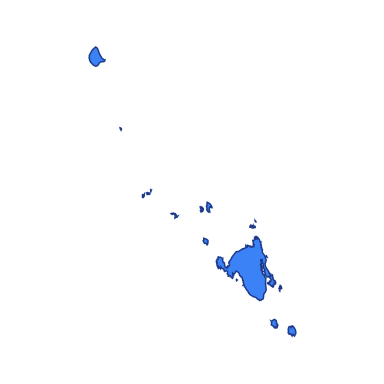 Vestmannaeyjabær, Suðurland, Iceland, rotated 81°
{"feature_id": "244011B92581391550134", "entity_name": "Vestmannaeyjabær", "entity_type": "district", "adm_level": 2, "iso_a3": "ISL", "parent_name": "Iceland", "parent_adm1": "Suðurland", "projection": "robinson", "projection_center": [-20.315, 63.394], "detail": "fine", "context": "isolated", "style": "filled", "palette": "blue", "viewbox_px": 384, "rotation_deg": 81, "n_neighbors": 0, "source": "geoboundaries", "source_scale": "gbopen_adm2", "svg_char_len": 6168}
<svg xmlns="http://www.w3.org/2000/svg" viewBox="0 0 384 384"><g transform="rotate(81 192 192)"><path d="M298.4,126.4L294.7,125.0L295.9,124.4L295.9,123.9L294.2,123.5L292.6,124.0L292.1,124.4L292.1,125.1L290.9,125.7L290.1,125.3L288.5,125.6L286.6,125.5L286.2,125.9L287.3,126.1L286.8,127.2L287.2,127.6L286.3,128.0L284.9,127.6L284.5,127.9L284.8,128.2L284.3,128.5L282.3,128.8L278.5,130.6L276.0,131.2L274.1,131.0L272.3,129.9L270.6,129.4L265.9,130.3L263.1,131.9L261.5,131.9L260.0,131.4L258.5,132.3L257.8,132.3L257.8,131.9L255.6,132.4L255.0,132.1L256.0,131.6L253.9,132.3L252.4,131.8L252.5,132.2L252.0,132.5L249.6,132.9L247.2,134.1L247.0,134.8L246.3,135.0L245.8,135.7L246.0,136.3L246.3,136.4L247.0,136.1L248.0,134.7L248.5,134.9L248.7,135.2L248.2,136.1L248.5,136.5L247.2,137.4L248.7,137.7L249.3,138.2L249.6,138.7L249.3,139.4L249.6,139.6L251.4,139.3L252.9,139.7L253.9,138.3L253.6,139.4L255.0,139.5L254.5,139.8L255.0,139.7L254.7,139.9L255.2,140.4L254.7,140.6L255.3,140.5L255.2,141.0L255.9,141.3L255.8,141.9L256.0,141.9L254.9,142.4L255.3,142.7L255.3,143.1L254.2,143.9L254.3,144.2L253.4,145.1L253.8,145.4L253.6,145.8L254.7,145.9L254.0,146.5L254.6,146.9L253.9,147.2L254.7,147.3L255.9,148.5L255.8,149.5L256.3,150.5L256.0,150.9L257.9,154.9L257.9,157.8L262.8,163.0L263.7,163.3L266.0,165.5L266.8,165.8L266.6,166.2L268.2,166.8L269.4,166.3L270.5,166.7L270.8,167.2L270.7,167.7L271.0,167.7L270.8,168.3L271.5,168.5L271.2,168.6L271.7,168.9L271.5,169.2L272.3,169.6L272.2,170.3L271.0,171.2L267.9,171.1L267.3,171.5L267.0,171.2L265.7,172.5L262.6,172.1L262.9,172.5L262.2,172.7L260.9,173.9L260.8,175.2L260.2,176.0L260.3,176.5L262.4,176.7L262.2,177.6L263.3,178.1L263.4,178.5L264.5,178.8L265.2,178.2L265.5,178.8L266.7,178.7L266.6,178.4L268.2,178.8L270.2,178.3L268.8,177.8L270.2,176.8L271.3,177.2L270.9,176.4L271.8,176.0L270.9,175.4L272.2,175.4L271.6,174.7L271.9,174.2L273.4,172.7L275.3,172.4L275.0,172.0L275.3,171.7L275.1,171.6L275.3,169.7L276.8,169.3L278.3,170.0L279.7,169.2L280.8,169.4L281.0,169.0L280.0,169.0L280.5,168.6L280.3,168.5L280.9,167.1L282.5,166.6L283.6,165.5L282.3,164.6L280.5,164.9L278.6,164.5L280.2,163.6L279.3,163.2L278.9,162.3L277.0,160.9L278.1,159.3L279.9,158.1L281.7,158.0L283.7,156.7L284.0,156.0L287.2,155.7L287.5,155.2L288.8,155.6L291.0,155.1L292.0,156.0L291.9,155.2L293.9,154.9L294.7,154.2L296.8,153.6L298.8,152.3L300.6,151.9L300.6,151.6L302.3,150.9L304.9,147.9L306.1,145.4L308.5,143.6L308.4,143.1L309.3,142.3L309.7,142.3L309.4,141.0L309.6,140.8L309.2,140.6L308.9,138.7L307.3,137.9L303.9,137.0L302.3,135.2L300.1,134.0L293.7,133.7L288.8,132.6L287.5,133.4L284.4,134.1L284.3,134.8L283.8,134.8L284.2,134.9L283.9,135.2L278.0,134.8L279.8,135.2L280.5,135.8L279.9,135.5L279.7,135.6L280.0,135.9L279.6,136.0L277.3,135.6L277.4,135.3L276.9,135.3L277.1,134.5L276.2,134.5L275.9,135.1L275.3,135.0L275.0,135.8L274.0,135.5L274.2,134.9L273.8,134.4L270.8,134.5L270.8,134.9L269.5,134.7L269.6,133.3L270.8,133.3L270.8,133.8L272.6,133.8L273.2,133.1L274.5,133.0L278.1,133.4L279.4,132.8L279.7,132.2L281.5,132.7L281.5,133.8L281.8,133.9L281.7,132.7L285.9,132.3L287.7,131.1L287.5,130.2L288.0,129.5L287.6,128.7L289.6,128.3L290.9,127.4L292.9,128.4L292.8,129.0L291.6,129.6L293.1,129.4L293.8,129.8L293.4,131.3L294.2,131.7L294.8,130.7L295.6,130.3L295.4,129.4L297.6,128.2L297.7,127.6L297.3,127.3L298.5,127.1L298.4,126.4ZM49.2,261.9L49.4,258.4L48.9,257.7L47.9,257.3L48.0,257.9L45.6,260.1L41.0,261.8L35.8,262.8L34.5,263.5L33.7,264.6L36.1,268.2L40.9,272.0L42.6,272.2L43.0,272.6L46.2,272.4L48.2,271.7L50.3,270.2L51.8,268.9L52.7,267.4L52.6,266.3L52.0,265.0L50.0,263.3L49.2,261.9ZM347.8,111.5L344.6,111.4L341.4,112.6L340.3,113.4L339.9,114.0L341.0,114.6L341.0,115.2L341.2,115.3L340.3,115.5L340.1,116.9L341.1,117.8L342.8,118.5L343.0,118.2L346.1,119.0L346.5,118.4L347.4,118.4L347.3,118.0L347.8,117.7L347.6,116.8L349.8,115.7L348.8,115.2L348.3,114.4L349.5,114.2L350.3,113.3L347.8,111.5ZM337.2,128.1L336.5,128.2L336.4,128.7L335.4,128.6L334.9,129.2L333.6,128.8L332.1,129.0L331.8,129.6L330.9,130.1L330.8,131.1L332.1,133.4L331.7,134.0L332.5,133.7L335.8,134.4L336.7,133.1L339.1,131.7L339.5,130.6L338.1,130.6L337.9,129.9L337.5,130.0L338.9,129.0L337.5,128.5L337.2,128.1ZM210.5,174.8L210.1,174.6L208.4,175.1L206.2,176.4L204.5,178.5L205.8,179.1L207.2,179.1L208.2,180.0L210.4,179.7L211.8,180.2L213.6,179.5L214.6,178.5L213.4,177.8L213.7,177.6L211.2,177.6L210.1,177.2L209.6,176.5L210.1,175.9L209.5,175.6L210.5,174.8ZM243.0,183.8L242.1,184.0L241.1,184.8L239.5,187.6L241.2,187.9L241.9,188.6L244.1,188.0L244.8,187.5L244.7,186.1L246.6,185.4L246.0,184.7L243.0,183.8ZM214.6,210.8L213.7,210.0L213.9,210.6L210.8,211.8L210.5,213.0L209.8,213.9L210.2,214.4L209.9,215.3L210.1,216.0L211.1,215.1L210.6,213.9L211.1,213.0L212.6,212.3L215.1,212.9L214.4,211.4L214.6,210.8ZM210.4,183.5L209.2,184.0L209.1,184.3L209.5,184.4L208.3,184.8L208.4,185.1L208.2,185.3L209.8,185.7L210.8,185.2L211.4,185.1L212.5,186.0L211.6,186.5L213.1,186.3L212.9,184.7L211.4,183.6L210.4,183.5ZM301.3,118.5L300.8,118.4L300.2,118.9L299.5,118.7L299.2,119.3L298.7,119.4L298.6,119.1L298.1,119.5L300.9,121.2L301.2,120.8L300.8,120.3L301.6,119.4L301.3,118.5ZM188.1,241.5L189.6,241.7L189.8,240.9L188.6,239.9L186.7,239.5L187.3,240.1L187.0,241.1L188.4,241.2L188.1,241.5ZM186.6,233.8L186.2,234.7L187.0,234.8L185.5,236.3L185.9,237.2L187.3,236.7L187.1,236.4L187.5,236.0L187.5,235.5L187.1,235.2L187.4,234.9L186.9,234.7L187.2,233.9L186.6,233.8ZM236.9,137.0L234.9,136.9L235.2,137.1L234.6,137.3L234.5,138.0L237.0,138.2L236.9,137.0ZM236.5,134.9L235.6,135.3L235.3,135.8L235.9,136.4L237.0,136.6L236.8,135.9L237.0,135.2L236.5,134.9ZM236.0,139.6L234.8,138.8L233.9,139.1L234.9,140.1L235.9,140.3L236.0,139.6ZM118.8,251.8L117.6,252.4L117.3,253.0L118.3,253.0L119.8,252.4L118.8,251.8ZM210.2,186.1L208.4,185.8L208.2,186.2L210.2,186.1ZM286.6,161.8L286.0,161.0L285.3,161.7L285.7,162.0L286.6,161.8ZM212.0,185.7L211.0,185.3L210.6,185.7L211.0,185.9L211.6,185.7L211.7,186.1L212.0,185.7ZM267.6,128.8L268.0,128.1L266.7,128.5L266.9,128.8L267.6,128.8ZM231.5,133.6L231.0,133.5L230.1,134.1L231.2,134.1L231.5,133.6ZM184.0,232.4L183.8,232.5L184.5,232.6L183.6,231.9L183.6,232.2L182.9,232.3L184.0,232.4ZM303.5,120.8L302.5,120.5L302.2,120.5L302.9,121.1L303.5,120.8Z" fill="#3b82f6" stroke="#1e3a8a" stroke-width="1.5"/></g></svg>